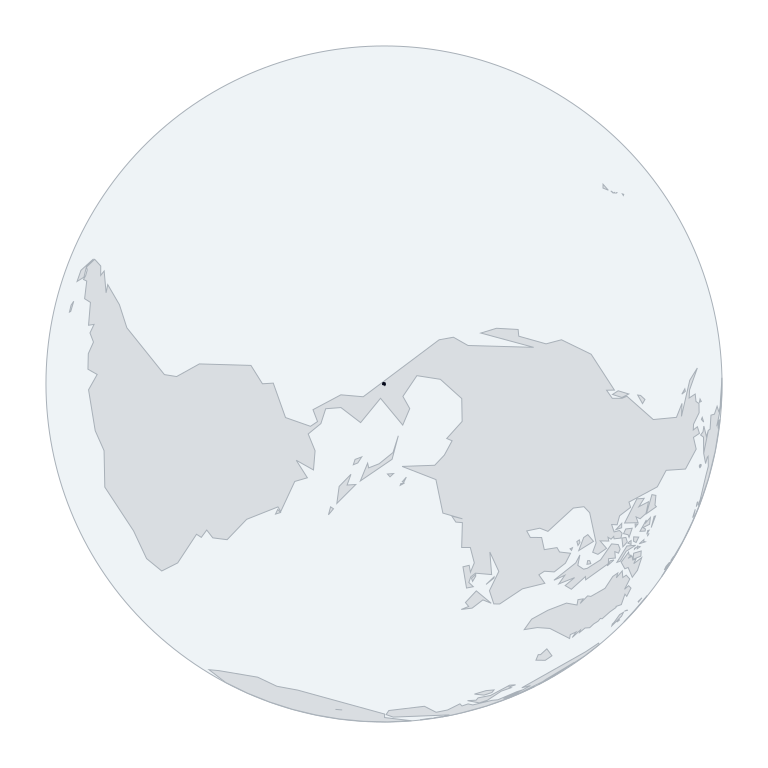 globe centered on Totonicapán, rotated 124°
{"feature_id": "GTM-1955", "entity_name": "Totonicapán", "entity_type": "Department", "adm_level": 1, "iso_a3": "GTM", "parent_name": "Guatemala", "parent_adm1": "", "projection": "orthographic", "projection_center": [-91.362, 15.041], "detail": "fine", "context": "on_globe", "style": "filled", "palette": "ink", "viewbox_px": 768, "rotation_deg": 124, "n_neighbors": 0, "source": "natural_earth", "source_scale": "10m", "svg_char_len": 8782}
<svg xmlns="http://www.w3.org/2000/svg" viewBox="0 0 768 768"><g transform="rotate(124 384 384)"><circle cx="384" cy="384" r="338" fill="#eef3f6" stroke="#a8b0b8"/><path d="M460.2,421.3L452.3,418.1L445.0,428.5L417.1,413.7L406.2,394.1L316.5,363.0L306.4,352.6L305.1,335.9L269.9,280.4L287.6,332.2L274.9,321.9L263.8,303.3L269.0,299.0L260.1,272.1L248.1,261.6L243.5,228.9L260.2,189.6L264.7,196.0L268.2,186.8L262.8,178.7L258.3,175.8L262.9,140.9L248.1,122.9L233.4,126.1L244.5,119.3L209.9,132.6L195.5,133.2L218.0,127.4L225.0,123.2L218.3,120.4L224.0,115.6L224.1,111.9L231.6,106.7L244.2,104.9L249.2,101.9L244.2,100.3L248.5,94.9L255.2,97.6L263.4,88.8L285.9,86.5L297.8,101.8L316.4,99.9L344.9,114.9L348.4,110.6L361.5,115.0L370.4,112.0L373.2,116.7L378.0,110.5L373.8,106.9L374.5,103.2L379.3,101.5L383.7,106.7L381.9,108.3L385.7,109.0L385.8,112.6L388.5,109.8L393.2,117.1L395.8,107.6L405.6,111.4L406.8,116.9L397.1,119.3L375.7,141.5L373.9,149.6L381.0,157.7L414.5,165.7L416.4,174.2L426.0,183.5L429.4,176.9L423.1,167.5L431.7,158.5L422.9,149.1L425.1,144.5L420.0,134.7L431.1,133.4L444.6,137.8L449.5,146.3L455.6,148.9L459.3,139.2L476.4,154.7L501.7,165.1L504.9,170.0L496.4,181.0L475.2,184.0L464.1,202.3L481.8,188.2L489.7,202.4L495.4,204.2L501.1,202.7L502.1,196.6L507.0,201.5L491.4,216.3L486.7,212.0L491.7,207.1L481.8,209.1L471.3,221.0L476.1,228.2L455.1,241.5L458.3,247.2L455.6,253.9L451.9,243.6L458.1,263.0L434.2,287.5L442.2,322.9L423.0,296.5L409.2,294.2L393.0,295.8L394.1,301.5L371.3,298.3L352.6,311.4L348.6,339.9L358.7,361.4L383.7,361.4L390.0,348.9L407.6,345.5L397.8,378.9L429.1,381.8L427.6,406.5L437.1,418.5L452.1,414.2L467.8,418.9L477.9,403.8L494.7,394.4L496.3,414.1L504.6,395.1L514.7,403.5L547.4,398.3L545.2,403.2L573.0,422.2L600.8,427.0L607.3,439.9L604.2,449.3L613.3,449.7L613.4,455.4L647.7,455.0L663.3,463.7L661.5,483.2L645.8,509.5L625.6,557.8L595.8,578.8L584.2,597.3L554.0,625.7L536.5,627.1L537.3,637.7L524.2,646.1L511.7,648.3L506.1,656.3L496.7,657.7L500.5,661.8L480.5,673.0L480.7,679.9L464.9,688.0L465.4,691.6L461.1,691.9L455.4,693.8L453.4,696.0L442.4,693.6L444.6,684.8L452.4,679.6L446.8,679.2L463.8,665.4L456.1,668.6L466.2,647.7L481.2,628.6L499.0,571.3L493.8,560.1L470.6,548.3L443.0,504.7L451.8,484.9L445.2,476.3L466.9,446.9L460.2,421.3ZM95.9,314.1L97.9,306.4L99.1,312.0L95.9,314.1ZM97.5,301.3L97.1,304.0L97.1,301.6L97.5,301.3ZM96.5,299.3L97.2,300.7L96.1,299.9L96.5,299.3ZM94.7,297.6L95.8,298.2L95.5,298.4L94.7,297.6ZM441.9,335.2L477.6,349.4L458.8,353.3L462.1,349.8L452.8,343.4L435.8,338.2L418.9,343.2L441.9,335.2ZM93.1,292.7L92.7,291.3L93.9,291.0L93.1,292.7ZM454.8,314.2L448.7,313.4L454.4,312.7L454.8,314.2ZM255.4,175.5L262.1,179.2L264.9,188.7L258.7,186.1L255.4,175.5ZM250.9,159.0L255.7,158.7L251.3,167.5L250.0,164.9L250.9,159.0ZM221.6,130.1L225.9,131.4L219.8,131.9L221.6,130.1ZM222.8,112.3L219.7,113.6L221.0,111.2L222.8,112.3ZM414.3,136.2L417.1,135.5L416.6,137.6L414.3,136.2ZM409.4,132.9L406.8,136.0L404.0,134.9L405.7,133.0L409.4,132.9ZM233.7,101.5L236.8,97.7L235.9,101.1L233.7,101.5ZM413.2,129.4L399.6,132.6L394.9,130.8L397.3,122.3L413.2,129.4ZM240.0,95.3L247.3,87.3L241.1,89.2L262.7,80.2L249.4,89.4L249.2,93.0L245.2,92.8L240.0,95.3ZM370.3,106.6L375.0,110.3L366.6,109.0L370.3,106.6ZM364.7,106.8L337.8,110.1L333.3,104.4L343.2,104.1L333.7,98.9L344.8,94.4L352.5,96.3L353.2,100.7L356.9,95.8L364.7,106.8ZM273.5,77.0L277.1,75.1L275.7,76.8L273.5,77.0ZM374.1,101.7L369.0,102.5L364.8,97.6L374.1,95.1L372.5,97.4L374.1,101.7ZM325.9,100.0L324.3,96.3L332.9,91.6L333.4,89.6L344.7,93.9L325.9,100.0ZM375.9,97.7L378.9,94.0L385.4,94.9L378.7,100.6L375.9,97.7ZM359.7,97.5L358.2,95.2L362.1,95.6L359.7,97.5ZM410.0,97.2L404.1,97.6L401.3,95.0L410.0,97.2ZM379.6,92.7L377.4,92.4L375.6,91.6L378.9,89.5L379.6,92.7ZM349.9,90.5L353.8,89.6L345.7,88.5L351.8,85.4L358.2,89.0L358.0,86.2L359.9,85.3L363.0,89.4L349.9,90.5ZM377.0,85.2L387.2,89.7L398.8,89.0L401.6,91.2L382.4,92.0L377.0,85.2ZM368.5,87.2L374.4,86.4L374.8,89.2L371.1,91.5L368.5,87.2ZM353.6,82.2L342.7,86.0L341.6,85.1L353.6,82.2ZM380.3,84.4L377.7,83.4L381.0,84.0L380.3,84.4ZM361.7,82.1L358.0,83.4L356.9,82.4L361.7,82.1ZM375.7,80.6L379.0,81.9L376.6,83.3L375.7,80.6ZM369.2,80.8L368.7,79.1L373.8,83.1L367.7,81.5L369.2,80.8ZM361.3,80.9L359.5,80.7L363.0,80.5L361.3,80.9ZM383.1,74.8L390.0,79.4L384.7,82.4L378.6,77.4L383.1,74.8ZM459.2,698.8L442.7,694.8L452.6,696.5L463.2,692.5L470.6,695.8L459.2,698.8ZM488.9,687.5L499.0,684.3L500.3,685.0L493.6,687.5L488.9,687.5ZM613.7,136.2L612.3,135.0L619.5,141.7L620.7,142.8L627.7,149.9L621.7,144.7L630.1,156.1L655.0,190.1L656.9,197.4L652.0,197.4L628.6,170.3L627.0,157.2L618.7,149.0L606.7,142.2L607.3,139.3L602.2,135.4L600.4,130.9L585.8,117.5L582.1,113.0L564.8,101.8L560.5,98.4L572.0,105.7L578.0,109.0L567.5,100.3L562.0,96.8L551.6,90.6L550.6,90.0L572.8,103.7L593.9,119.2L613.7,136.2ZM547.0,88.0L541.3,85.0L536.0,82.2L547.0,88.0ZM531.7,80.1L536.5,82.8L524.4,77.3L511.0,71.3L508.3,70.6L530.1,80.7L537.7,84.3L542.2,86.1L564.0,98.6L570.1,103.2L552.1,93.9L558.8,99.9L541.8,91.4L493.2,67.1L478.8,61.2L479.6,59.9L491.6,63.7L494.4,64.7L497.0,65.5L531.7,80.1ZM388.7,46.1L364.5,47.2L348.4,48.2L351.3,47.7L324.7,51.5L308.7,54.6L311.3,54.1L300.3,57.1L305.2,56.1L305.7,56.2L279.7,66.0L270.9,69.1L262.7,74.9L264.1,75.0L270.1,72.9L262.7,80.2L241.1,89.2L239.1,88.4L227.0,95.5L224.2,93.2L216.2,95.4L220.2,90.3L213.6,93.3L209.5,95.9L197.5,102.8L189.9,107.4L203.9,98.1L213.2,92.5L233.0,84.5L226.4,86.1L233.2,82.7L234.1,81.7L229.0,83.8L225.2,85.8L229.8,83.3L254.7,71.8L280.5,62.3L307.0,55.0L333.9,49.8L361.2,46.8L388.7,46.1ZM720.0,348.4L718.7,369.3L714.0,360.7L697.7,324.8L694.5,303.8L686.0,284.3L657.3,199.0L660.2,197.0L647.8,172.9L662.2,192.2L675.1,212.4L686.6,233.6L696.5,255.5L704.9,278.0L711.6,301.1L716.7,324.6L720.0,348.4ZM677.6,236.4L680.9,242.3L677.6,236.4ZM548.4,397.9L552.5,401.2L547.4,402.0L548.4,397.9ZM456.9,361.7L464.1,361.6L468.1,364.3L462.7,365.8L456.9,361.7ZM515.7,356.1L523.5,356.9L515.7,359.6L515.7,356.1ZM483.1,351.2L509.4,356.3L494.0,363.9L477.3,360.9L488.4,358.1L483.1,351.2ZM452.9,326.0L457.6,327.1L456.7,330.8L452.9,326.0ZM459.0,313.9L457.3,314.4L454.6,311.6L459.0,313.9ZM490.6,201.5L492.0,200.5L498.1,200.2L496.0,202.9L490.6,201.5ZM520.5,185.6L527.7,193.9L521.1,189.4L519.6,194.3L503.9,191.8L505.8,172.5L507.7,181.3L520.5,185.6ZM483.3,184.3L493.1,187.3L482.3,184.9L483.3,184.3ZM576.1,121.7L579.4,122.0L586.0,127.1L590.5,135.6L581.1,127.9L576.1,121.7ZM582.6,121.5L563.4,111.4L559.8,106.7L565.1,110.8L564.6,108.7L573.0,115.0L588.3,121.4L595.1,126.7L599.8,137.7L594.6,130.8L591.6,130.5L582.6,121.5ZM520.8,102.9L512.5,100.9L515.4,92.8L522.9,95.8L528.0,103.6L522.1,104.8L520.8,102.9ZM420.0,114.9L416.6,116.4L415.4,114.7L417.3,112.1L420.0,114.9ZM407.5,97.6L433.6,107.3L431.0,109.3L449.4,113.9L449.8,121.1L437.9,117.7L452.0,127.3L441.4,127.1L451.7,133.4L425.1,125.0L416.2,126.0L426.0,121.9L425.9,115.0L423.1,112.4L408.6,106.1L389.3,105.9L386.1,100.0L388.9,95.9L393.1,95.0L393.9,98.9L398.9,94.9L403.2,100.1L407.5,97.6ZM424.3,64.0L423.5,66.7L434.2,63.9L438.6,67.2L439.6,66.7L446.6,69.3L456.7,71.9L457.3,73.5L461.0,73.9L465.7,76.0L471.0,77.2L473.9,80.9L480.6,82.9L478.1,83.6L488.9,86.2L482.2,86.1L487.6,89.4L491.2,87.8L493.9,109.8L500.2,120.7L509.2,130.4L496.4,130.1L479.9,121.6L463.6,110.2L459.3,100.4L454.3,102.6L450.8,98.8L456.2,98.6L445.8,96.7L444.4,93.7L429.8,86.5L415.6,86.7L409.9,84.5L414.7,83.0L405.7,82.0L410.9,77.8L407.0,76.3L408.2,71.2L419.7,69.8L414.4,68.4L415.1,65.1L424.3,64.0ZM383.8,73.3L396.7,69.7L405.4,70.1L399.6,79.0L402.5,81.0L399.1,87.7L386.6,87.2L388.7,85.2L387.8,83.3L392.1,84.2L388.0,82.0L390.8,79.4L388.4,77.2L393.3,76.5L383.8,73.3ZM635.7,159.2L633.9,156.9L641.1,164.8L642.2,166.3L635.7,159.2ZM626.8,149.4L633.2,156.2L630.4,153.4L626.8,149.4ZM569.7,103.7L567.0,101.5L569.2,102.7L573.4,105.6L569.7,103.7ZM457.1,59.9L455.3,60.5L453.0,60.0L443.4,59.7L439.4,57.8L443.6,57.2L457.1,59.9ZM451.2,57.8L447.7,57.8L447.9,56.8L451.2,57.8ZM436.0,56.5L435.1,55.3L437.8,57.6L436.0,56.5ZM445.7,51.8L447.1,52.0L431.4,49.7L412.1,47.5L429.9,49.3L440.1,50.8L445.7,51.8ZM370.7,46.9L369.5,47.5L365.0,47.5L364.6,47.4L370.7,46.9ZM373.6,47.0L381.5,47.6L377.5,48.2L372.0,47.6L373.6,47.0ZM417.0,50.6L422.5,51.1L422.2,51.7L417.0,50.6ZM274.5,75.3L276.9,75.2L273.1,76.4L274.5,75.3ZM308.6,55.6L308.6,56.0L304.1,57.0L308.6,55.6ZM306.0,58.0L311.1,56.5L307.1,58.1L306.0,58.0ZM322.2,53.4L313.8,55.9L319.8,53.6L322.2,53.4Z" fill="#d9dde1" stroke="#a8b0b8" stroke-width="1"/><path d="M383.1,384.8L383.0,384.6L382.9,384.4L382.8,384.2L382.7,383.7L383.0,383.4L383.3,383.3L383.4,383.1L383.5,382.9L383.8,382.8L384.1,382.7L384.3,382.7L384.2,382.9L384.2,383.0L384.3,383.1L384.5,383.3L384.6,383.5L384.7,383.8L384.5,384.0L384.7,384.3L384.8,384.4L384.9,384.5L385.0,384.8L384.9,384.9L384.8,385.0L384.7,385.1L384.4,385.1L384.2,385.1L383.9,385.1L383.6,385.3L383.5,385.1L383.4,385.1L383.4,384.9L383.1,384.8Z" fill="#0f172a" stroke="#020617" stroke-width="1.5"/></g></svg>